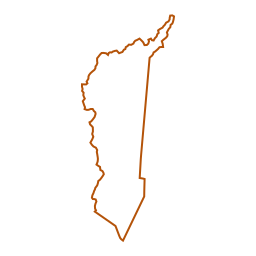 the district of Satubinha, Maranhão, Brazil
{"feature_id": "56859067B80125891953270", "entity_name": "Satubinha", "entity_type": "district", "adm_level": 2, "iso_a3": "BRA", "parent_name": "Brazil", "parent_adm1": "Maranhão", "projection": "robinson", "projection_center": [-45.262, -3.939], "detail": "fine", "context": "isolated", "style": "outline", "palette": "amber", "viewbox_px": 256, "rotation_deg": 0, "n_neighbors": 0, "source": "geoboundaries", "source_scale": "gbopen_adm2", "svg_char_len": 2090}
<svg xmlns="http://www.w3.org/2000/svg" viewBox="0 0 256 256"><path d="M88.5,76.4L88.4,78.7L86.6,81.6L87.4,83.3L86.2,84.4L84.4,84.4L82.0,84.3L82.0,86.7L82.6,89.0L82.1,90.9L83.6,92.7L83.3,95.2L84.0,97.0L84.8,98.6L82.8,101.2L83.6,103.6L84.2,105.4L85.0,107.2L84.6,109.1L86.9,109.9L88.6,109.8L90.7,109.0L92.7,109.0L93.8,110.9L95.3,112.3L95.6,113.9L94.6,117.0L92.9,119.3L91.2,121.4L89.5,122.3L90.1,124.4L91.8,126.1L92.8,127.3L92.9,129.8L92.9,131.5L92.2,134.0L93.3,136.8L92.2,139.4L90.4,142.6L91.8,144.7L93.5,146.5L95.9,147.7L97.2,150.1L96.8,151.9L97.2,154.0L97.7,157.1L97.9,158.9L97.7,161.3L97.2,162.9L96.5,164.6L98.5,166.0L100.0,166.9L100.4,170.0L102.4,171.0L103.4,172.7L103.8,174.2L102.8,175.9L101.4,177.9L100.0,179.7L98.3,181.0L97.9,183.2L97.2,185.4L95.3,187.9L94.9,189.5L94.1,191.0L93.5,193.0L92.4,195.3L91.9,197.7L92.8,199.0L94.4,199.1L95.7,199.5L96.4,201.5L95.5,203.6L94.9,206.0L95.1,208.7L96.0,210.3L94.8,211.6L115.5,226.0L119.2,235.7L120.2,238.0L121.2,239.2L123.0,240.6L144.2,196.5L144.3,190.1L144.6,179.0L143.2,178.6L139.7,178.0L140.8,158.8L141.2,153.9L149.6,57.8L150.7,56.7L151.8,55.9L153.0,54.3L153.6,52.4L154.9,51.7L156.1,50.7L158.0,49.0L159.5,47.2L161.4,47.0L163.1,47.0L162.7,43.8L161.8,41.2L163.1,40.0L164.5,38.9L165.9,37.8L167.2,36.3L167.6,34.7L166.9,32.4L168.7,29.0L170.3,27.2L170.6,24.9L172.3,23.6L172.9,22.1L173.6,19.4L174.0,16.4L172.3,15.4L170.2,15.6L169.7,17.8L169.6,19.5L168.5,21.4L166.1,22.7L164.8,24.9L163.4,26.3L162.6,27.6L161.3,28.3L159.7,29.2L158.1,30.4L158.7,32.9L157.3,34.2L156.6,36.5L154.9,38.2L153.6,40.5L151.9,40.2L150.9,38.6L148.4,39.7L149.0,41.3L148.3,43.6L146.8,45.0L144.5,45.1L143.2,42.3L141.6,40.6L139.5,38.6L137.0,40.0L135.3,40.7L134.2,41.9L133.4,43.6L131.2,44.8L128.9,44.6L127.4,46.2L125.8,47.1L125.3,49.1L123.9,49.7L122.4,52.0L120.7,52.6L119.1,53.2L118.1,52.1L116.7,50.6L114.9,50.9L112.8,51.6L111.6,52.5L110.0,52.3L108.7,53.0L108.0,54.9L106.1,53.3L103.5,52.9L101.6,53.0L100.1,54.5L98.1,57.1L97.1,58.3L97.1,61.1L97.4,63.0L96.5,65.2L95.5,66.4L95.4,68.3L94.4,69.9L92.5,71.4L90.5,73.2L89.1,75.0L88.5,76.4Z" fill="none" stroke="#b45309" stroke-width="2"/></svg>